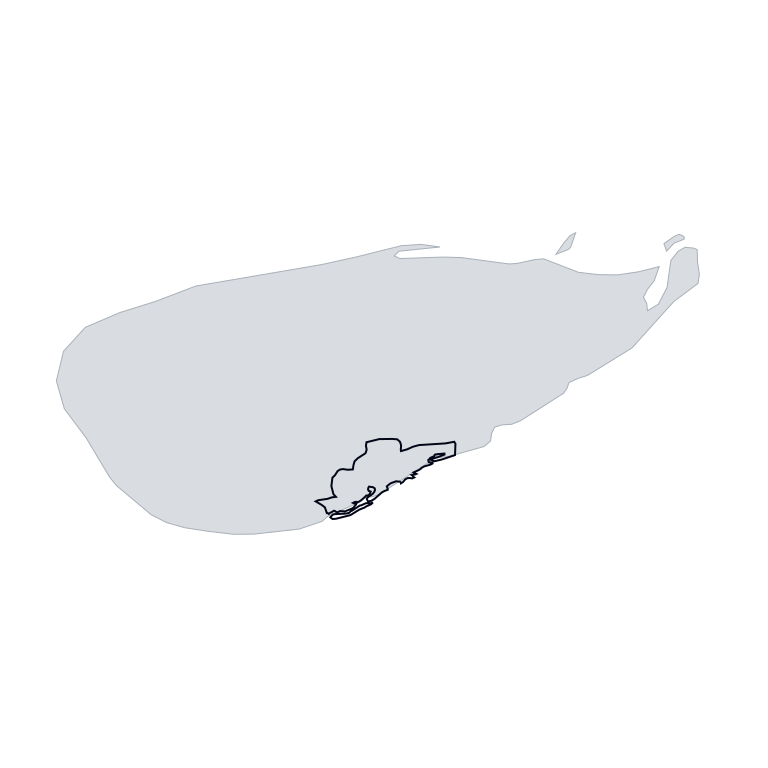 location of Maḍakalapuva within Sri Lanka, rotated 84°
{"feature_id": "LKA-2452", "entity_name": "Maḍakalapuva", "entity_type": "District", "adm_level": 1, "iso_a3": "LKA", "parent_name": "Sri Lanka", "parent_adm1": "", "projection": "equal_earth", "projection_center": [81.59, 7.833], "detail": "fine", "context": "in_parent", "style": "outline", "palette": "ink", "viewbox_px": 768, "rotation_deg": 84, "n_neighbors": 0, "source": "natural_earth", "source_scale": "10m", "svg_char_len": 3569}
<svg xmlns="http://www.w3.org/2000/svg" viewBox="0 0 768 768"><g transform="rotate(84 384 384)"><path d="M283.1,58.5L295.1,59.4L307.9,58.9L316.8,61.2L332.2,87.1L374.0,133.5L396.7,180.7L398.8,191.0L402.0,200.0L407.4,202.4L412.0,206.5L434.8,252.1L437.4,261.1L437.0,271.0L438.4,278.4L444.3,282.1L451.8,284.0L456.6,290.9L462.8,327.3L462.8,338.6L464.5,343.5L493.2,400.2L494.9,407.1L494.6,412.3L495.4,416.7L501.0,426.8L509.7,453.8L514.1,459.9L519.4,483.5L519.7,528.7L517.8,548.8L512.4,573.3L506.1,597.2L499.2,614.5L489.7,629.2L457.5,660.3L448.2,666.5L406.2,686.0L375.2,704.5L346.6,709.5L317.9,699.3L296.4,675.1L285.4,639.4L277.9,602.3L266.9,561.0L258.7,433.5L254.7,397.9L248.3,352.5L249.0,332.8L253.6,314.0L253.5,355.3L257.7,360.4L260.9,355.1L263.9,312.3L266.3,294.2L277.7,247.1L278.0,238.7L276.0,221.0L276.2,212.1L293.2,179.1L297.6,159.8L299.9,140.2L299.0,118.9L296.0,98.0L309.7,104.6L317.2,111.9L324.9,116.9L331.2,114.3L338.7,114.3L333.3,102.8L317.4,92.3L291.0,85.8L282.7,77.5L279.5,70.3L281.2,61.9L283.1,58.5ZM269.4,186.6L273.0,199.4L262.7,190.6L255.9,183.4L253.6,177.6L267.6,184.1L269.4,186.6ZM281.4,89.1L273.6,90.9L267.4,79.7L266.0,75.0L267.6,71.6L269.3,70.0L271.3,70.5L274.3,80.9L281.4,89.1Z" fill="#d9dde1" stroke="#a8b0b8" stroke-width="1"/><path d="M462.1,320.8L462.5,322.5L465.1,334.3L466.1,342.0L463.8,346.2L462.5,339.3L462.4,338.3L460.5,331.2L459.5,331.2L459.4,336.6L459.5,338.3L459.4,338.2L459.4,338.7L459.4,339.5L459.5,340.5L460.0,341.2L461.0,341.6L461.2,342.2L462.3,345.7L464.5,347.9L466.6,347.6L467.3,344.0L468.1,344.0L468.9,345.9L469.1,346.5L470.1,352.5L471.1,354.9L472.5,356.9L473.4,358.9L475.0,363.7L475.6,362.8L476.4,362.0L476.8,361.3L477.3,362.8L476.8,363.7L477.0,364.3L477.3,364.7L477.3,364.8L477.5,365.1L477.5,365.9L478.2,365.2L479.5,364.3L480.1,363.7L480.4,364.6L480.8,365.8L480.5,367.1L480.1,368.5L480.1,369.5L480.1,370.6L481.0,372.8L482.5,374.4L483.5,375.4L484.5,377.5L483.9,377.5L483.6,377.8L483.2,378.1L483.0,378.3L482.7,378.5L482.4,380.4L482.0,382.2L483.5,387.9L484.3,389.2L486.1,391.9L488.7,391.3L489.6,391.3L490.5,394.8L491.4,397.0L491.7,397.6L497.1,405.2L498.9,408.9L499.2,412.1L496.4,413.2L495.1,412.1L492.1,406.8L490.4,405.0L488.4,404.0L488.1,404.0L486.7,404.2L485.4,405.9L484.5,409.7L486.0,410.6L487.4,410.9L488.7,410.3L489.6,408.5L491.1,409.3L492.4,410.2L492.9,410.9L493.2,411.4L493.0,413.2L494.7,415.3L496.3,417.4L497.6,419.4L499.0,422.5L498.4,423.5L498.2,424.4L498.4,425.6L499.0,427.2L499.8,425.9L499.3,423.6L500.8,424.3L503.7,427.2L504.4,428.5L506.7,436.4L506.5,436.7L505.8,441.0L505.9,441.4L506.0,441.5L506.5,443.1L506.7,443.8L506.2,445.0L505.3,445.9L504.8,446.9L505.4,448.4L506.0,449.5L506.2,450.3L506.3,450.4L506.6,451.4L507.5,452.5L506.2,453.8L506.3,454.4L503.9,454.9L500.5,455.7L497.9,458.4L493.6,464.2L492.7,461.5L492.3,452.0L491.3,447.8L491.2,443.6L488.3,445.8L480.0,447.0L471.8,445.1L469.6,442.3L465.7,439.2L464.5,436.7L464.3,433.8L465.5,429.0L465.7,423.9L461.7,422.9L457.9,421.4L455.1,417.9L450.9,409.6L447.5,408.1L443.5,408.4L440.1,407.5L438.3,394.5L439.5,381.5L440.4,376.6L443.2,374.1L446.8,373.4L451.3,374.2L452.5,374.1L451.4,367.8L449.4,361.7L448.4,355.5L449.5,329.0L448.8,320.2L450.9,319.2L462.1,320.8ZM502.4,420.8L502.2,419.0L501.7,417.6L501.1,415.9L500.7,414.3L500.8,412.5L501.1,411.0L501.3,409.4L500.7,407.4L502.3,409.5L503.8,414.3L505.0,416.6L505.2,417.6L506.4,421.8L509.5,428.2L510.9,431.2L513.0,445.9L512.9,449.3L511.0,451.3L509.3,449.5L508.7,448.7L508.5,448.4L508.4,447.5L508.3,446.7L508.3,446.4L508.9,435.7L508.5,432.1L507.1,430.5L506.6,429.0L502.4,420.8Z" fill="none" stroke="#020617" stroke-width="2"/></g></svg>